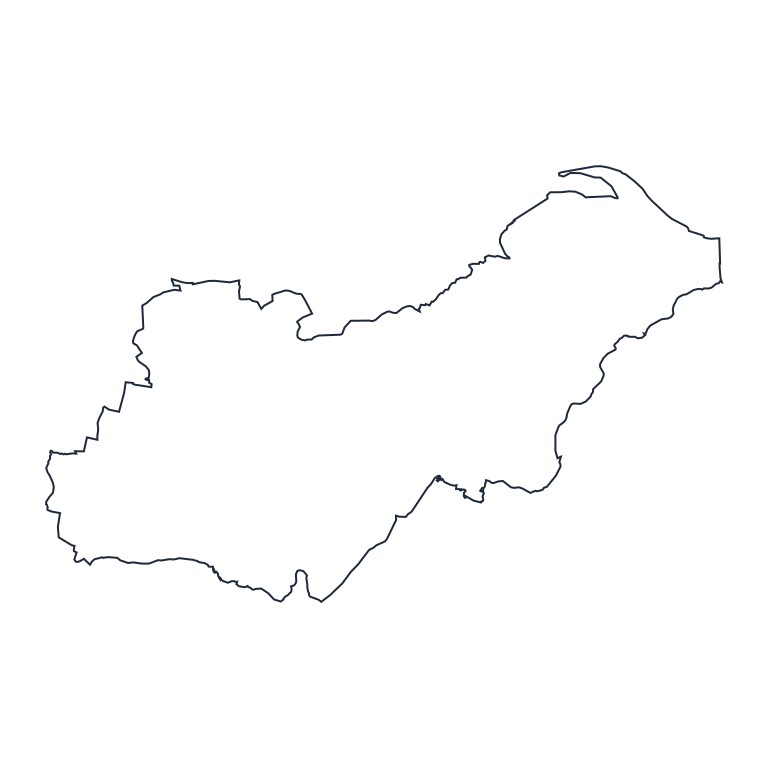 Izvoru Crisului, Cluj, Romania
{"feature_id": "2599482B40318061707597", "entity_name": "Izvoru Crisului", "entity_type": "district", "adm_level": 2, "iso_a3": "ROU", "parent_name": "Romania", "parent_adm1": "Cluj", "projection": "mercator", "projection_center": [23.108, 46.847], "detail": "fine", "context": "isolated", "style": "outline", "palette": "slate", "viewbox_px": 768, "rotation_deg": 0, "n_neighbors": 0, "source": "geoboundaries", "source_scale": "gbopen_adm2", "svg_char_len": 6072}
<svg xmlns="http://www.w3.org/2000/svg" viewBox="0 0 768 768"><path d="M473.6,500.6L481.9,502.7L480.7,501.8L482.9,501.0L483.2,499.1L482.5,496.3L483.9,493.3L483.0,492.2L483.2,490.4L482.2,491.4L480.4,491.2L480.2,490.7L482.3,487.9L483.6,488.0L484.5,487.0L485.1,485.7L485.1,483.5L485.8,482.4L485.9,480.2L489.1,481.0L491.8,482.9L493.6,483.0L498.3,481.4L502.9,481.0L510.8,487.2L514.1,487.9L518.9,487.3L522.2,488.4L530.4,492.9L535.4,490.8L537.3,491.3L542.6,489.8L543.9,487.8L546.9,486.8L555.9,475.7L560.5,466.6L560.4,464.3L559.3,462.2L560.9,456.7L557.5,458.2L555.4,450.6L555.4,435.2L558.4,427.0L559.6,425.3L563.4,422.5L565.6,420.0L566.5,417.6L567.0,414.0L569.9,407.0L571.5,404.3L573.5,403.5L580.4,403.9L585.9,401.5L590.7,396.4L591.5,394.0L593.0,392.0L593.1,389.2L601.1,381.5L603.4,376.3L603.8,373.6L600.1,366.9L600.1,364.1L603.3,358.3L607.5,353.8L615.5,349.6L615.8,348.4L614.2,345.7L614.7,344.3L617.7,341.7L619.9,338.7L621.8,337.9L624.0,335.7L627.0,335.6L627.6,335.8L627.6,336.4L630.1,336.8L634.9,336.8L637.8,338.3L642.3,337.6L644.9,335.2L644.1,333.7L645.5,334.3L645.7,332.6L646.6,331.5L647.0,329.7L650.2,325.6L661.5,319.3L668.4,318.4L671.4,316.7L673.4,313.9L672.8,309.7L673.6,305.7L677.3,298.5L679.1,296.9L683.2,294.8L686.5,294.3L693.7,290.0L697.4,289.1L700.8,289.0L702.3,289.6L704.0,288.4L708.6,288.5L711.6,287.6L716.0,283.9L718.8,283.2L720.0,281.4L721.9,282.3L720.5,278.2L719.6,267.1L719.6,263.3L720.1,263.4L719.3,238.3L710.6,238.8L706.2,238.1L703.9,237.3L703.9,236.1L702.4,235.2L689.0,231.0L688.1,228.3L686.7,226.6L672.1,219.0L667.7,215.6L651.6,200.6L647.4,196.0L642.7,188.9L634.3,181.1L625.7,174.4L622.8,173.4L620.2,171.2L608.2,167.5L600.6,166.2L594.6,166.4L562.8,172.0L559.4,172.9L558.9,173.7L559.4,175.5L563.6,176.5L570.6,172.9L580.5,173.2L594.5,177.4L600.6,177.6L611.5,186.3L617.5,197.1L617.5,198.3L615.3,198.1L610.8,196.2L585.6,197.3L581.9,194.4L575.4,191.7L569.1,191.3L561.2,192.2L550.2,192.3L547.1,195.3L547.6,198.5L515.2,219.2L513.0,221.0L515.6,219.9L512.1,222.6L513.0,222.5L512.7,222.9L507.6,225.8L506.7,229.6L504.6,230.7L501.5,234.2L500.0,238.9L500.0,242.7L505.0,253.6L507.1,256.1L509.4,257.5L509.5,258.4L504.9,258.3L497.8,255.9L494.8,256.7L488.6,255.5L484.9,257.3L485.4,260.9L483.1,262.9L480.1,261.8L479.4,262.2L478.9,263.9L473.3,263.8L469.3,264.8L469.1,265.8L472.2,269.7L470.7,274.5L467.4,276.4L466.4,277.6L460.2,277.8L458.1,279.3L456.7,279.2L455.0,282.8L452.3,283.0L450.1,285.4L448.2,289.6L445.2,289.8L442.8,293.0L440.6,293.3L438.8,294.9L435.8,299.3L432.9,301.9L431.7,301.6L429.5,305.4L425.8,304.0L425.2,305.2L420.8,304.8L419.8,308.0L418.8,308.9L419.7,311.5L414.7,309.0L413.0,307.0L410.0,306.0L407.2,306.3L402.5,308.2L396.4,313.0L393.1,312.8L389.6,311.5L387.5,311.6L381.7,314.5L375.9,319.7L372.8,321.1L368.8,320.6L350.7,320.8L344.6,327.4L342.2,333.8L340.3,334.7L319.0,335.5L314.1,337.2L311.6,339.5L308.0,339.5L304.9,340.4L301.4,339.7L297.9,337.5L297.3,335.7L297.7,331.4L300.0,327.0L298.7,324.0L297.2,322.3L297.2,321.6L302.7,317.5L312.1,313.6L305.0,300.0L302.0,295.0L300.9,294.0L296.5,293.7L289.4,290.9L285.7,290.4L274.2,293.9L272.3,294.8L272.6,301.0L264.1,305.8L261.3,308.9L257.5,302.1L252.4,300.9L250.0,299.1L241.3,299.4L239.6,298.7L239.0,291.5L240.0,286.3L238.9,284.6L239.3,280.4L229.8,282.3L214.4,280.8L208.3,281.0L192.8,284.3L192.8,283.0L187.3,283.1L181.7,282.1L171.8,279.0L171.9,280.8L173.1,282.7L173.7,285.6L179.3,285.7L180.5,290.6L174.3,289.8L163.5,292.3L160.2,294.4L153.5,297.0L146.7,303.0L142.3,305.6L143.3,328.0L142.8,328.9L137.6,331.1L136.4,332.3L134.5,336.1L133.0,340.7L133.3,343.3L136.9,345.4L141.9,353.0L136.4,356.8L137.6,359.7L138.8,361.5L145.9,366.4L148.8,370.1L149.3,373.7L148.9,376.8L147.9,378.1L145.9,378.5L145.5,379.3L146.8,380.0L149.0,379.6L149.1,382.7L151.6,384.1L151.3,387.2L135.1,384.7L133.2,384.2L133.1,383.0L125.7,382.2L124.0,393.4L119.0,411.8L109.0,409.6L104.4,406.6L103.3,407.5L102.6,411.7L99.5,417.6L97.6,422.9L98.2,429.7L97.3,436.2L97.4,439.8L87.0,437.4L83.8,451.4L75.0,451.2L76.2,453.6L72.2,453.4L66.3,454.3L65.0,453.7L63.7,454.4L61.7,453.5L60.5,454.1L57.9,452.8L52.8,452.5L51.9,451.1L50.7,450.8L50.2,452.4L51.0,454.4L50.1,455.7L50.0,458.9L48.2,461.7L48.4,463.3L46.2,468.0L47.6,472.4L49.5,475.2L52.8,482.6L53.8,487.2L53.0,492.7L49.4,496.9L46.2,501.8L46.1,504.3L46.8,504.6L47.7,507.2L47.3,508.3L47.6,510.0L51.8,511.6L60.0,513.1L57.9,526.9L58.7,537.3L71.6,545.2L74.5,545.9L73.8,549.7L74.0,551.2L76.6,552.5L74.3,559.4L75.7,561.6L77.4,561.9L79.7,561.3L83.9,558.8L90.0,564.7L91.9,561.6L94.4,559.3L102.1,557.3L103.2,557.9L107.7,557.1L117.2,557.8L120.4,560.4L128.2,563.0L133.2,562.4L141.7,563.6L149.0,563.6L157.9,560.2L161.6,560.5L169.1,559.2L173.9,559.5L179.5,558.2L192.9,559.8L197.5,561.1L198.8,562.1L204.2,563.0L207.7,564.7L208.6,566.6L213.0,566.8L213.1,569.9L213.9,569.6L213.8,571.6L214.6,571.5L214.4,573.4L215.4,570.8L215.6,572.3L216.3,571.8L217.9,573.6L218.1,575.9L219.8,577.5L219.1,577.9L220.2,579.4L220.3,578.4L220.7,578.4L221.3,579.7L223.5,581.3L227.9,582.7L231.7,581.2L233.9,581.1L236.2,582.1L237.1,581.8L236.4,584.1L239.0,586.3L245.0,587.2L247.6,586.0L247.9,586.9L250.7,587.9L251.8,589.2L253.2,589.8L255.8,588.9L261.3,588.6L268.3,593.3L274.1,599.5L280.8,601.5L283.5,599.4L283.5,598.6L285.6,596.3L287.4,595.4L291.2,591.8L291.6,588.7L291.0,586.3L293.9,585.5L295.6,583.5L296.3,581.4L295.9,574.3L297.4,570.9L299.7,570.2L303.4,571.2L307.0,575.4L306.3,577.8L307.3,584.4L307.3,587.3L308.1,591.7L309.0,593.4L308.9,594.8L310.2,596.7L318.5,599.7L321.3,601.8L330.0,595.2L342.3,583.4L351.0,571.7L358.2,564.3L369.0,550.0L373.8,547.5L376.3,545.3L384.8,541.5L386.9,539.1L396.1,520.0L396.0,515.7L399.4,516.7L405.8,516.9L408.0,514.2L411.7,511.6L427.4,487.9L430.9,484.2L434.8,478.1L437.7,476.1L439.2,475.8L440.0,476.4L438.5,477.8L438.2,478.8L437.3,479.0L437.8,480.0L437.0,480.5L437.8,481.3L438.6,480.4L438.5,479.1L439.3,478.6L439.8,479.5L440.7,478.4L441.4,479.9L442.5,479.0L444.2,481.9L449.2,484.3L453.9,485.7L456.5,485.2L456.0,489.0L460.6,489.2L460.1,490.2L460.5,490.5L463.7,489.4L465.4,490.2L465.6,491.1L464.1,492.5L463.9,493.4L463.8,496.1L464.8,497.7L465.3,497.8L465.2,495.8L473.6,500.6Z" fill="none" stroke="#1e293b" stroke-width="2"/></svg>